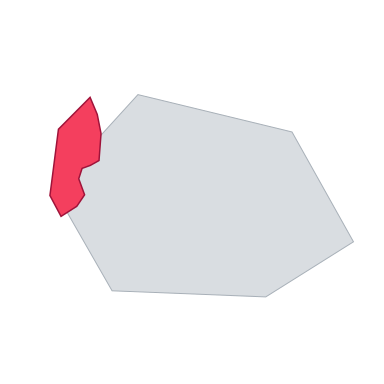 location of Chiesanuova within San Marino, rotated 70°
{"feature_id": "SMR-4891", "entity_name": "Chiesanuova", "entity_type": "state/province", "adm_level": 1, "iso_a3": "SMR", "parent_name": "San Marino", "parent_adm1": "", "projection": "orthographic", "projection_center": [12.421, 43.905], "detail": "fine", "context": "in_parent", "style": "filled", "palette": "rose", "viewbox_px": 384, "rotation_deg": 70, "n_neighbors": 0, "source": "natural_earth", "source_scale": "10m", "svg_char_len": 478}
<svg xmlns="http://www.w3.org/2000/svg" viewBox="0 0 384 384"><g transform="rotate(70 192 192)"><path d="M257.5,300.9L140.5,321.1L82.0,209.5L169.8,77.5L294.0,57.3L315.8,158.6L257.5,300.9Z" fill="#d9dde1" stroke="#a8b0b8" stroke-width="1"/><path d="M170.1,323.4L146.7,326.7L130.1,318.1L87.3,296.0L68.2,255.4L86.7,254.5L106.0,257.5L130.6,268.6L132.2,278.3L132.2,287.2L140.8,293.9L157.9,293.9L166.0,305.1L170.1,323.4Z" fill="#f43f5e" stroke="#9f1239" stroke-width="1.5"/></g></svg>